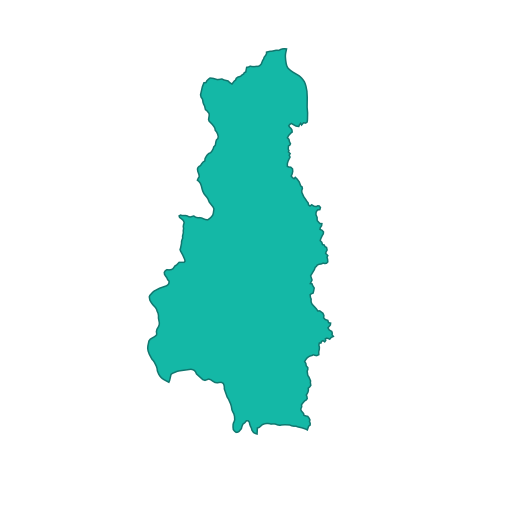 Gurupi, Tocantins, Brazil, rotated 323°
{"feature_id": "56859067B58866139989342", "entity_name": "Gurupi", "entity_type": "district", "adm_level": 2, "iso_a3": "BRA", "parent_name": "Brazil", "parent_adm1": "Tocantins", "projection": "robinson", "projection_center": [-48.876, -11.658], "detail": "fine", "context": "isolated", "style": "filled", "palette": "teal", "viewbox_px": 512, "rotation_deg": 323, "n_neighbors": 0, "source": "geoboundaries", "source_scale": "gbopen_adm2", "svg_char_len": 6153}
<svg xmlns="http://www.w3.org/2000/svg" viewBox="0 0 512 512"><g transform="rotate(323 256 256)"><path d="M218.7,177.7L218.2,179.2L218.9,181.6L219.3,183.9L218.7,186.2L217.1,187.3L215.7,188.6L214.7,190.5L213.2,191.9L211.9,193.8L209.3,195.9L208.2,197.6L206.4,198.7L205.2,199.7L204.0,201.2L200.7,204.1L199.2,205.2L198.7,206.8L198.1,211.1L197.1,215.4L196.3,217.4L194.8,217.8L190.8,214.8L187.0,215.4L185.6,215.1L182.0,216.2L180.2,215.9L178.2,214.8L176.6,213.3L174.7,213.2L172.9,213.9L171.9,215.6L171.7,217.7L171.7,219.7L171.2,221.8L171.4,224.0L169.7,225.6L168.0,226.0L166.5,225.9L159.6,223.7L153.6,222.7L151.6,222.8L147.5,223.6L146.2,224.4L144.7,227.3L144.4,229.2L144.3,231.0L144.3,232.9L144.7,236.7L144.5,238.7L143.8,240.7L143.3,242.9L142.2,245.0L140.7,246.9L138.6,251.2L137.3,252.7L135.5,253.8L132.8,254.9L130.9,256.5L130.2,257.9L129.1,259.2L127.5,259.4L125.7,259.3L123.6,259.0L121.5,258.8L119.4,259.4L118.0,260.6L115.6,262.7L114.0,264.5L112.7,266.9L111.7,270.1L111.1,273.7L110.8,276.0L111.0,277.6L110.9,279.7L110.1,284.0L109.3,286.3L108.1,288.4L107.2,291.8L107.0,294.0L107.1,295.9L107.4,297.5L108.1,299.4L110.4,304.4L112.1,303.4L116.9,299.4L118.6,299.4L123.7,300.7L125.5,301.5L135.9,307.3L137.2,308.9L137.9,310.3L138.0,312.2L137.5,314.4L139.1,322.7L140.4,324.6L144.2,325.8L145.4,327.6L146.1,329.8L147.1,332.3L148.8,334.0L150.8,335.0L152.4,336.2L153.2,338.1L152.6,340.2L151.7,341.8L150.7,343.1L148.1,351.3L147.9,353.8L146.7,358.9L145.8,361.3L144.2,364.4L143.7,366.4L143.3,368.8L142.3,371.2L140.4,374.0L138.9,375.1L137.5,375.8L136.3,376.8L134.7,378.8L133.4,381.0L133.5,383.2L134.0,384.9L135.4,385.7L136.8,385.9L140.4,385.1L142.0,383.8L144.3,382.4L146.8,382.4L149.2,381.8L150.6,383.0L150.6,384.9L149.8,386.5L149.1,388.6L148.8,390.5L147.9,392.7L147.8,395.5L148.7,397.4L149.7,398.8L153.6,394.2L155.4,394.8L159.6,394.5L162.0,395.2L164.1,396.4L165.7,397.8L166.9,399.3L168.5,400.3L170.2,401.7L171.6,403.9L173.2,405.6L174.9,406.4L177.6,408.2L181.2,411.2L182.4,413.2L183.7,414.6L185.5,416.0L186.6,417.7L189.4,421.0L191.7,424.4L192.3,425.8L195.6,423.6L197.5,423.6L198.6,422.2L199.2,420.2L200.4,419.4L200.8,417.5L200.8,415.2L199.4,413.6L198.4,412.0L199.2,410.4L199.0,406.9L199.6,405.2L201.8,403.9L202.8,402.2L204.8,401.6L207.6,401.0L209.5,401.2L211.1,400.7L212.1,398.8L212.5,397.3L214.1,396.7L215.7,395.9L217.1,394.7L218.2,393.0L219.9,392.9L221.9,392.3L223.3,389.7L224.4,388.6L225.4,384.6L225.5,382.5L227.6,378.7L229.0,377.9L230.2,376.3L230.0,374.0L231.2,371.7L231.3,369.6L233.4,368.7L235.8,368.1L238.0,368.2L239.6,368.6L240.9,369.2L242.3,369.3L243.3,370.8L244.5,372.1L246.8,372.6L248.4,370.3L250.4,368.6L251.8,366.9L252.6,364.9L254.3,363.6L255.4,364.6L256.9,363.7L258.6,363.9L259.2,365.9L260.9,365.4L261.6,363.8L263.1,364.2L264.1,365.4L264.8,366.8L267.0,366.3L269.4,366.8L269.4,364.5L270.5,363.5L271.1,361.8L270.0,359.3L270.2,356.7L273.9,355.8L275.2,354.5L273.8,352.9L274.6,350.6L273.1,348.5L272.8,346.1L274.4,344.4L275.0,342.0L273.9,338.2L272.3,337.1L272.4,334.5L271.8,328.3L272.2,326.3L273.0,324.9L274.1,323.6L274.6,321.8L275.9,319.5L277.7,319.5L279.2,320.0L280.9,318.7L283.2,316.6L283.5,313.5L284.0,311.9L282.8,310.7L286.3,308.9L287.7,304.7L294.4,302.0L296.4,300.7L298.1,300.6L299.5,300.1L301.5,300.6L303.3,301.6L305.3,302.1L306.5,303.5L308.0,304.2L309.8,303.9L311.2,301.7L312.0,299.7L313.6,298.9L313.2,295.8L314.6,294.8L316.4,294.0L317.5,291.6L316.7,290.1L317.1,288.3L316.0,286.9L316.8,284.6L316.5,282.4L317.9,281.3L321.3,279.5L323.1,278.8L324.4,277.4L324.2,275.2L323.1,273.2L324.5,272.0L326.6,271.3L328.1,269.8L326.6,268.5L326.4,266.9L326.2,264.6L327.1,263.2L328.0,262.0L328.7,259.2L330.0,257.5L331.3,256.7L332.9,256.3L334.9,257.4L336.7,256.0L336.5,253.9L335.4,253.0L333.9,252.8L332.3,251.2L331.3,248.6L329.2,248.6L328.7,246.7L329.6,245.0L329.5,243.2L329.7,241.0L329.8,237.4L330.9,232.7L332.1,231.1L333.6,230.1L334.4,228.5L333.9,227.0L335.1,222.8L335.1,219.0L334.7,216.8L332.9,217.2L332.3,215.4L332.2,213.4L334.3,212.2L336.3,210.5L337.6,208.4L337.2,206.0L335.8,204.8L335.0,203.3L336.5,201.2L338.3,199.8L339.7,199.0L342.7,197.5L343.2,195.4L344.9,194.8L344.5,192.4L345.8,191.6L346.0,190.1L348.2,187.6L349.7,187.8L351.1,187.1L351.5,184.9L352.5,182.7L352.2,180.5L354.5,179.4L358.0,178.8L359.5,178.8L360.6,176.9L360.7,175.2L360.4,173.4L360.5,171.7L362.4,171.2L364.1,171.5L365.0,173.8L366.2,176.4L368.1,178.3L369.6,177.4L371.5,176.9L371.2,178.8L374.1,178.2L375.6,179.7L377.4,179.8L378.7,178.6L380.0,177.0L383.3,172.8L386.4,167.9L392.2,160.4L395.8,155.1L398.0,150.6L398.9,148.2L399.5,145.9L399.6,143.4L399.5,141.4L399.2,139.5L398.8,137.8L396.1,131.3L395.4,129.1L394.9,127.1L394.6,124.9L395.0,122.7L395.9,120.5L397.4,117.7L398.7,115.6L399.7,114.1L400.8,112.8L401.9,111.7L405.0,109.0L403.6,107.7L401.9,106.6L400.1,105.9L398.1,105.6L395.9,103.8L391.9,102.0L390.3,100.9L387.1,99.5L386.1,100.8L384.4,101.6L382.1,102.2L380.6,103.3L379.1,103.8L375.7,105.9L373.6,106.2L371.9,105.9L370.5,104.8L368.5,103.7L366.8,102.3L365.6,100.9L363.7,100.6L362.1,99.7L358.5,102.9L357.1,102.5L355.6,103.2L353.8,103.0L351.8,103.2L349.2,102.2L347.1,102.2L345.6,103.2L344.0,103.2L340.3,104.2L339.4,101.8L339.0,99.3L336.4,96.2L335.3,94.1L333.5,93.2L331.3,91.9L328.7,88.4L326.4,86.2L324.5,86.2L322.2,86.5L320.4,87.4L318.7,86.3L315.1,88.5L308.7,93.9L307.7,96.2L307.7,98.2L307.1,99.7L306.2,101.3L305.6,103.0L305.2,105.3L303.7,108.7L304.2,110.3L304.3,114.0L303.2,115.6L300.3,118.4L299.7,120.1L300.3,124.7L300.3,127.6L300.0,129.4L299.1,131.1L299.2,133.2L298.7,135.6L297.7,138.0L296.1,139.3L294.3,139.5L292.9,140.5L290.1,143.1L288.0,143.4L286.2,144.7L283.9,145.7L281.9,146.2L279.9,145.7L277.6,146.0L276.0,146.6L274.0,147.5L272.3,149.3L270.5,149.1L268.2,149.6L266.1,150.4L264.3,150.2L262.8,150.5L261.6,151.3L260.5,153.3L259.4,156.8L258.3,158.6L256.7,159.1L254.8,160.2L255.3,162.0L255.3,164.6L254.5,167.2L253.3,170.0L252.5,172.2L252.1,174.1L251.9,175.8L252.1,179.6L252.0,181.4L251.1,184.9L251.2,191.0L250.8,193.0L247.7,196.1L246.1,197.3L243.9,197.9L242.4,198.1L239.2,198.1L237.6,196.5L236.5,194.8L235.5,193.0L234.1,191.5L232.7,190.6L231.1,188.7L230.4,186.6L227.0,185.3L225.9,184.1L225.2,182.6L224.1,181.3L221.3,179.2L220.4,177.9L218.7,177.7Z" fill="#14b8a6" stroke="#0f766e" stroke-width="1.5"/></g></svg>